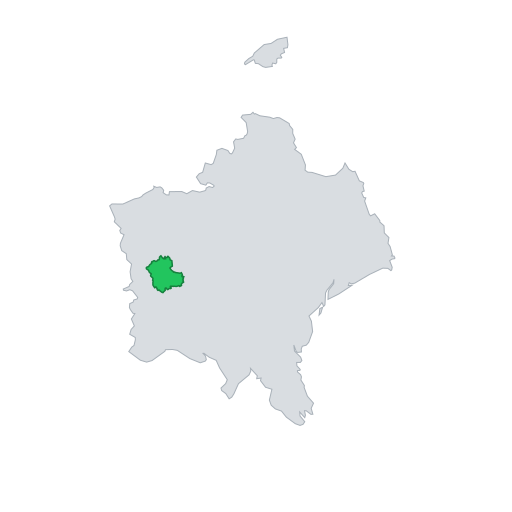 where Marne sits in France, rotated 232°
{"feature_id": "FRA-5323", "entity_name": "Marne", "entity_type": "Metropolitan department", "adm_level": 1, "iso_a3": "FRA", "parent_name": "France", "parent_adm1": "", "projection": "mercator", "projection_center": [4.087, 48.967], "detail": "fine", "context": "in_parent", "style": "filled", "palette": "green", "viewbox_px": 512, "rotation_deg": 232, "n_neighbors": 0, "source": "natural_earth", "source_scale": "10m", "svg_char_len": 6719}
<svg xmlns="http://www.w3.org/2000/svg" viewBox="0 0 512 512"><g transform="rotate(232 256 256)"><path d="M373.9,218.4L371.2,219.9L369.5,223.0L367.7,223.7L364.6,223.7L363.1,221.8L359.3,223.0L357.7,225.0L360.0,227.4L352.5,237.2L347.7,239.8L346.7,246.2L341.0,250.9L338.9,255.9L338.8,256.9L340.2,258.6L339.6,261.8L336.7,263.9L336.8,266.0L337.6,266.3L341.9,264.6L343.6,262.7L342.7,260.1L347.1,256.9L354.9,257.6L355.8,261.9L354.8,265.5L360.5,273.3L355.6,276.9L355.3,279.3L360.3,287.1L363.4,290.3L361.8,295.4L356.4,298.8L353.0,298.5L351.6,299.4L351.7,300.9L354.1,305.6L359.8,308.6L360.7,312.1L359.1,313.4L356.4,318.7L357.6,321.3L357.2,322.4L357.7,324.2L359.2,326.0L367.2,330.4L374.4,329.6L375.3,332.2L370.9,339.0L371.1,342.1L368.9,342.1L368.5,343.2L364.1,345.4L356.9,352.3L353.6,354.3L352.2,357.8L350.3,359.7L340.0,363.7L338.1,362.8L333.1,362.9L330.0,360.4L324.0,358.8L322.1,355.2L316.5,354.6L316.2,352.1L308.3,354.3L297.3,351.0L293.4,347.5L290.2,348.4L287.4,351.6L275.5,359.9L270.8,368.5L271.7,378.5L274.5,383.4L267.2,382.6L262.9,384.1L261.8,386.2L251.6,383.7L247.8,385.8L246.8,385.6L245.5,383.5L240.5,381.2L241.2,379.5L240.6,378.1L235.8,376.9L234.2,378.3L232.4,375.4L219.2,370.9L217.1,371.0L216.2,375.5L207.7,375.4L206.5,374.5L201.0,375.5L195.2,371.3L188.7,372.1L184.7,367.8L180.9,367.5L175.4,365.2L172.9,364.1L172.6,362.8L171.0,364.7L169.0,364.3L168.5,363.7L169.8,361.3L170.1,358.5L163.3,356.4L161.5,354.4L161.4,353.3L165.1,352.3L168.4,348.4L171.6,334.1L173.8,317.1L175.5,313.9L177.6,313.0L175.9,310.6L173.8,313.7L175.1,298.0L177.5,286.0L183.3,290.9L184.6,293.1L186.3,300.1L189.6,303.1L187.5,300.2L185.4,290.8L184.1,288.1L175.0,280.2L174.6,278.3L178.7,279.3L177.0,273.3L176.1,260.8L170.5,259.5L161.6,254.1L155.5,244.4L154.8,240.7L156.4,236.9L154.9,234.4L152.4,232.7L154.4,229.4L156.2,229.0L162.6,231.0L157.4,227.8L148.8,228.9L145.4,227.8L144.8,225.4L147.1,222.5L144.3,220.6L139.4,221.0L138.8,220.2L140.2,218.1L139.0,217.3L135.0,218.1L132.8,217.4L130.6,215.0L124.2,214.4L122.8,213.0L113.9,210.2L104.6,210.7L102.0,205.7L96.3,203.4L97.4,201.8L103.1,200.3L104.2,199.0L100.1,196.9L98.6,194.9L106.2,194.4L102.8,192.2L95.4,192.4L94.4,189.4L95.4,186.4L99.7,183.7L110.3,180.7L118.1,180.6L123.6,177.1L129.0,176.1L134.2,177.8L141.2,186.5L146.7,182.7L155.0,182.8L156.7,184.9L158.9,181.0L160.8,183.3L170.9,182.5L168.5,181.0L166.6,177.3L166.2,163.6L161.0,153.7L159.7,150.0L160.0,146.9L166.1,147.5L171.1,146.1L173.5,147.1L174.1,153.5L176.2,157.2L190.2,158.4L198.3,160.4L205.0,156.8L211.4,155.1L211.9,154.3L208.2,154.6L204.9,153.0L204.4,151.3L206.2,146.3L215.9,140.7L230.1,135.9L233.7,132.7L237.9,127.0L237.0,125.5L237.6,109.7L239.7,104.5L245.1,100.7L259.0,96.9L260.7,102.0L260.6,104.8L264.2,109.3L266.1,110.7L272.1,108.3L275.0,112.4L275.8,117.1L283.1,119.0L285.2,125.1L286.6,123.8L291.1,124.0L293.3,124.5L296.2,127.2L295.3,130.8L296.6,132.6L295.3,135.9L296.2,137.3L304.6,137.3L307.1,135.8L308.2,132.4L310.7,130.5L311.7,131.1L310.1,137.3L311.3,138.9L311.8,143.3L315.0,143.6L321.1,147.1L326.3,153.0L332.7,152.0L337.7,155.2L342.9,153.5L347.7,155.3L349.5,157.0L354.0,165.1L357.5,163.5L360.0,164.4L360.8,166.7L370.2,165.4L371.8,167.7L373.8,168.5L385.6,171.5L385.7,174.5L378.9,183.1L375.9,195.2L373.9,199.4L373.2,202.5L373.7,204.6L373.4,207.9L371.9,215.7L372.7,217.9L373.9,218.4ZM416.0,371.9L415.4,376.4L417.0,379.7L417.6,392.6L414.2,398.8L413.6,406.3L409.3,415.1L402.8,411.2L400.8,409.0L402.6,405.6L398.8,403.8L399.7,400.5L399.3,398.8L396.6,398.6L396.4,397.8L398.4,395.2L398.4,393.6L395.8,391.6L395.3,389.9L397.8,387.9L396.7,386.1L395.3,385.6L398.7,379.7L401.0,378.0L406.1,376.3L408.2,374.1L411.6,375.3L412.2,374.7L413.3,365.4L414.5,365.2L415.6,366.5L416.0,371.9ZM175.3,274.0L174.6,276.9L171.1,272.0L170.6,269.3L175.3,274.0Z" fill="#d9dde1" stroke="#a8b0b8" stroke-width="1"/><path d="M314.7,181.2L311.8,181.1L310.4,181.7L309.7,182.8L310.2,182.8L311.2,182.8L311.5,183.9L311.3,183.9L310.0,184.3L309.8,184.5L309.6,184.8L309.6,185.2L310.0,186.1L310.0,186.4L309.7,186.5L307.4,186.7L305.8,186.0L305.3,186.2L304.4,186.7L304.1,186.8L299.7,184.0L299.5,183.8L299.5,183.5L299.7,182.5L299.7,181.8L299.7,181.4L299.6,181.0L299.4,180.8L299.2,180.7L296.7,180.6L294.9,181.2L294.5,181.1L294.0,181.1L293.5,182.0L293.1,182.2L292.7,182.2L292.5,182.4L289.7,185.1L289.3,185.3L289.1,185.7L289.0,186.0L288.8,186.9L288.4,186.8L287.5,186.7L286.6,186.4L286.5,186.2L286.2,185.7L285.8,185.4L285.8,185.5L285.7,185.6L285.5,185.8L285.4,185.9L285.0,185.9L284.5,186.1L284.0,186.3L284.0,186.0L283.8,185.0L283.2,185.1L282.4,183.8L281.8,183.9L281.3,183.2L281.2,182.9L280.9,182.8L280.4,183.0L280.2,183.0L280.0,182.9L280.0,182.6L280.0,182.2L280.1,181.4L280.1,181.1L280.0,180.5L279.9,180.3L279.9,180.1L279.8,179.9L279.6,179.8L279.4,179.6L279.3,179.3L279.2,179.2L278.8,179.2L278.7,179.2L278.6,178.9L278.7,178.5L278.8,178.3L279.1,178.0L279.3,177.8L279.3,177.6L278.9,177.4L278.9,177.2L279.2,177.0L279.9,177.0L280.2,176.9L280.3,176.7L280.5,175.8L280.8,175.0L281.0,174.6L281.2,174.3L282.6,172.9L282.8,172.6L282.9,172.3L283.0,172.0L283.3,171.8L283.7,171.5L283.9,171.0L284.3,170.7L284.5,170.5L284.7,170.3L284.8,170.1L284.8,169.8L284.7,169.6L284.3,169.4L284.1,169.4L283.3,169.5L283.1,169.5L282.9,169.4L282.9,169.2L282.9,168.9L282.9,168.7L283.2,168.3L283.4,168.2L283.6,167.9L283.8,167.5L283.9,167.2L283.8,166.5L283.8,166.3L283.8,166.1L283.8,165.9L283.9,165.7L284.0,165.6L284.3,165.4L284.6,165.4L285.5,165.6L285.8,165.5L286.0,165.5L286.2,165.3L286.4,165.1L286.5,164.8L286.5,164.6L286.4,164.4L286.0,164.2L285.9,164.1L285.7,163.8L285.6,163.7L285.4,163.6L285.2,163.6L284.9,163.4L284.9,163.2L284.8,162.9L284.7,161.5L284.7,161.2L284.6,160.9L284.4,160.4L284.4,160.2L284.8,159.8L285.6,159.4L287.5,158.9L288.9,158.7L289.0,158.6L289.1,158.2L289.1,157.8L289.2,157.6L289.5,157.5L290.0,157.5L290.3,157.5L290.6,157.6L291.2,158.1L291.4,158.1L291.7,158.1L291.9,157.9L292.2,157.8L292.3,157.8L292.8,158.1L293.0,158.2L293.3,158.0L293.4,157.7L293.5,157.4L293.5,156.6L296.0,156.8L296.7,157.0L298.9,158.7L299.4,159.4L299.8,159.6L300.2,159.7L300.5,159.6L301.6,160.9L302.4,161.1L304.7,160.7L305.3,160.8L305.8,161.2L306.2,162.2L306.6,162.5L308.6,161.9L311.1,162.5L312.7,161.9L313.5,161.8L314.4,162.5L314.4,163.4L314.1,164.0L313.9,164.4L313.8,164.7L313.8,164.9L314.4,166.5L314.5,167.1L314.5,167.5L314.5,169.0L314.6,169.4L314.8,169.6L315.3,169.7L315.4,169.9L315.6,170.2L315.6,170.4L315.6,170.6L315.4,170.7L315.3,170.9L315.2,171.3L315.3,171.8L315.3,172.2L315.2,172.4L315.1,172.7L315.0,172.9L314.9,173.0L314.6,173.2L313.8,173.4L313.6,173.5L313.4,173.8L313.2,174.1L313.1,174.8L313.1,175.2L313.1,175.5L313.2,175.8L313.3,176.1L313.3,176.4L312.9,176.9L312.7,177.3L312.8,177.6L312.9,177.8L313.0,177.9L313.7,178.5L314.4,179.2L314.5,179.3L314.7,180.2L314.7,181.2Z" fill="#22c55e" stroke="#15803d" stroke-width="1.5"/></g></svg>